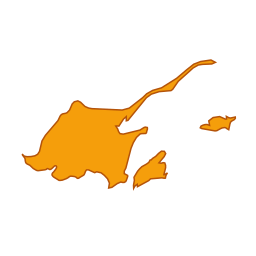 map outline of Trat (Mercator projection), rotated 265°
{"feature_id": "THA-435", "entity_name": "Trat", "entity_type": "Province", "adm_level": 1, "iso_a3": "THA", "parent_name": "Thailand", "parent_adm1": "", "projection": "mercator", "projection_center": [102.484, 12.155], "detail": "fine", "context": "isolated", "style": "filled", "palette": "amber", "viewbox_px": 256, "rotation_deg": 265, "n_neighbors": 0, "source": "natural_earth", "source_scale": "10m", "svg_char_len": 2797}
<svg xmlns="http://www.w3.org/2000/svg" viewBox="0 0 256 256"><g transform="rotate(265 128 128)"><path d="M159.3,148.2L160.4,149.5L163.3,155.8L165.1,164.9L173.2,180.7L180.7,191.3L185.8,199.0L187.9,206.2L188.5,216.6L185.8,220.8L184.5,217.1L184.9,207.7L184.6,203.4L182.2,198.2L170.1,182.1L162.6,175.9L161.5,174.1L161.5,162.2L159.7,154.2L156.6,149.0L135.6,128.6L135.3,126.9L139.5,127.3L137.3,124.3L130.7,119.1L131.0,117.2L131.0,116.0L128.0,117.6L125.3,118.3L123.1,119.5L122.3,122.8L124.9,139.7L127.1,144.0L127.4,145.3L126.8,147.3L125.3,147.3L123.4,146.5L121.7,146.0L121.0,145.2L121.2,141.2L121.1,139.7L117.9,135.6L112.9,132.0L107.4,129.2L88.3,122.4L85.5,120.6L82.9,120.3L80.8,123.5L79.8,123.5L75.8,121.7L74.8,121.0L74.1,119.4L74.2,118.0L74.6,116.8L74.8,116.0L73.5,112.3L70.3,106.8L69.9,103.5L74.7,104.7L79.2,103.2L82.9,100.3L85.7,97.3L87.1,93.0L86.4,91.0L86.4,90.9L89.7,85.1L89.9,83.1L89.1,82.3L88.1,81.7L86.3,80.8L85.3,80.2L84.8,79.5L84.4,78.7L83.1,75.9L82.3,74.5L82.2,73.8L82.3,73.1L83.2,72.3L83.8,71.6L84.3,70.5L84.8,68.2L85.0,66.9L84.9,66.0L84.7,65.5L84.5,65.1L84.2,64.8L83.6,63.7L82.9,62.1L81.8,58.1L81.7,56.1L81.8,54.8L84.7,50.9L85.0,50.5L85.8,49.5L86.7,48.8L87.2,48.5L87.8,48.2L88.5,48.3L89.1,48.5L89.6,48.8L90.0,49.2L90.7,50.1L93.4,52.5L94.4,53.2L95.1,53.4L95.7,53.5L96.5,53.1L96.7,52.5L96.7,51.8L96.4,51.3L94.4,48.8L93.7,47.7L93.4,46.6L93.7,46.0L94.4,44.9L94.6,44.2L94.5,43.7L94.1,43.4L93.8,42.7L93.6,41.6L93.3,34.9L93.5,33.9L93.8,33.1L95.9,30.1L99.4,27.0L100.9,24.5L101.3,24.0L101.8,23.5L102.3,23.2L102.9,23.0L104.3,22.8L105.9,22.8L106.5,22.7L107.1,22.5L110.2,20.6L111.2,20.3L111.3,20.2L109.0,22.2L108.2,25.0L108.0,28.9L108.4,32.8L109.7,35.7L111.4,37.0L112.4,37.8L122.6,41.2L127.9,45.1L141.5,58.9L145.9,61.5L147.2,62.8L147.8,64.3L148.1,67.3L148.6,68.7L151.0,71.4L156.8,74.5L158.8,76.8L159.1,78.8L159.4,80.4L157.8,83.0L153.2,87.0L151.3,90.5L150.4,93.9L146.4,123.8L147.7,131.0L156.9,145.2L159.3,148.2ZM94.2,148.4L95.5,149.7L97.3,153.1L100.0,156.2L102.0,159.3L101.6,162.2L99.2,163.3L96.3,161.5L90.6,155.8L90.0,157.9L90.4,160.0L90.0,161.6L87.6,162.2L85.2,162.0L78.4,159.7L78.4,160.9L78.9,161.5L79.8,163.4L78.7,162.5L77.6,161.8L76.4,161.3L74.8,160.9L74.8,159.7L75.4,157.3L75.4,146.0L73.8,144.1L68.7,132.3L71.1,132.3L70.4,131.0L69.7,130.0L68.7,129.2L67.5,128.4L70.5,128.5L75.3,129.8L78.4,129.7L84.1,133.8L86.3,136.0L88.3,138.5L90.4,143.2L91.9,145.7L94.2,147.3L94.2,148.4ZM123.5,209.5L128.1,209.1L131.0,213.7L131.4,220.3L128.4,225.7L128.4,227.0L131.0,227.0L129.4,229.4L129.0,231.1L129.6,235.8L128.4,235.8L127.2,234.8L125.8,231.8L124.9,230.7L123.2,229.9L117.5,228.2L118.9,226.2L119.7,225.4L120.0,224.4L119.9,222.1L119.4,220.4L117.6,216.3L117.5,214.5L121.0,201.4L121.9,200.0L123.5,200.9L124.3,202.9L124.7,205.0L124.6,207.1L123.5,209.5Z" fill="#f59e0b" stroke="#b45309" stroke-width="1.5"/></g></svg>